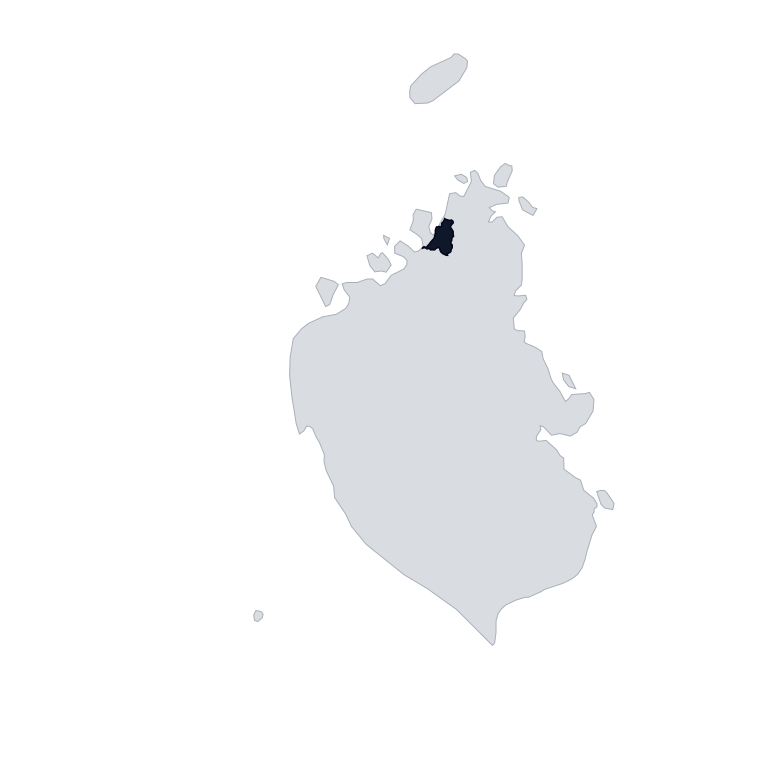 Boseong-gun, South Jeolla, South Korea shown in context, rotated 159°
{"feature_id": "91817680B27152027053647", "entity_name": "Boseong-gun", "entity_type": "district", "adm_level": 2, "iso_a3": "KOR", "parent_name": "South Korea", "parent_adm1": "South Jeolla", "projection": "orthographic", "projection_center": [127.199, 34.814], "detail": "fine", "context": "in_parent", "style": "filled", "palette": "ink", "viewbox_px": 768, "rotation_deg": 159, "n_neighbors": 0, "source": "geoboundaries", "source_scale": "gbopen_adm2", "svg_char_len": 4455}
<svg xmlns="http://www.w3.org/2000/svg" viewBox="0 0 768 768"><g transform="rotate(159 384 384)"><path d="M233.8,189.1L236.4,187.2L236.6,184.3L236.6,175.0L243.9,168.6L254.2,155.4L259.2,148.2L265.0,141.4L271.6,136.9L278.1,134.8L288.3,133.8L307.8,134.7L311.7,133.9L325.3,133.1L328.5,134.3L338.4,135.0L349.3,134.1L354.8,132.0L359.9,128.7L364.3,122.6L368.7,111.4L373.5,102.6L376.4,101.0L397.0,147.3L416.7,177.2L433.6,198.7L457.9,240.3L465.4,262.6L466.4,276.5L470.8,295.6L467.6,306.7L469.0,323.9L467.8,332.9L465.0,339.5L465.2,352.1L466.3,358.8L466.6,367.7L468.5,371.1L471.3,372.4L475.6,369.0L480.8,367.6L480.2,378.3L474.4,405.6L469.2,425.5L461.9,442.9L452.4,458.9L440.8,465.3L432.6,467.7L416.9,468.7L403.8,466.2L392.6,468.3L388.1,471.7L384.8,477.3L387.4,486.0L387.1,492.5L382.3,492.1L372.7,488.4L362.1,488.0L357.1,486.2L352.1,477.0L347.0,477.4L338.2,482.9L324.6,484.2L319.9,487.2L318.2,491.1L320.2,495.9L327.1,502.2L324.8,508.6L317.7,511.9L311.9,504.0L308.3,496.3L304.3,495.8L298.1,498.1L296.8,506.4L299.8,512.1L304.6,518.7L297.9,526.3L296.1,531.7L291.3,535.7L278.3,527.0L280.1,520.9L285.8,514.9L286.5,508.8L284.6,505.2L266.0,520.7L254.5,538.2L248.4,536.9L245.8,532.4L242.3,530.5L229.8,541.8L227.5,550.7L222.9,551.0L220.9,547.2L220.8,539.1L218.7,532.2L206.0,522.1L200.2,513.4L203.4,508.5L214.1,511.3L222.6,511.0L220.9,506.8L218.2,504.8L223.8,502.5L228.6,497.8L224.7,496.5L218.7,499.2L213.8,497.8L211.9,486.4L206.0,474.6L203.0,463.2L209.0,456.7L212.0,446.5L217.7,431.8L220.4,427.1L228.1,423.6L230.8,419.8L226.6,417.9L220.0,416.1L220.2,411.8L224.7,409.5L229.8,404.9L239.7,399.2L242.7,388.5L239.9,385.8L233.8,383.2L235.2,377.7L237.8,373.6L236.9,371.1L229.7,364.1L225.0,357.7L226.4,350.4L225.4,339.4L226.1,330.2L225.8,325.2L222.4,313.9L220.9,302.6L216.3,304.2L212.6,306.9L199.4,302.9L195.2,302.6L193.6,294.2L198.5,283.9L209.8,274.9L216.2,273.8L221.1,269.8L228.7,268.6L237.7,274.8L245.9,276.1L250.4,286.8L253.2,289.1L253.8,285.2L260.4,280.6L261.9,277.1L260.5,275.2L252.9,273.3L246.2,260.0L245.3,254.2L242.8,250.5L246.5,240.0L238.8,227.9L235.0,224.0L235.6,213.2L231.6,206.3L229.3,202.5L228.0,195.9L229.2,193.0L232.7,191.9L233.8,189.1ZM204.3,664.8L200.4,667.0L196.7,665.6L195.8,664.5L191.4,658.5L190.3,655.4L193.3,649.6L205.4,640.1L236.7,631.0L242.3,630.6L254.6,634.6L257.2,642.1L254.9,648.5L252.0,652.8L237.7,660.0L226.6,663.4L204.3,664.8ZM412.7,499.6L404.7,506.2L393.7,497.7L391.0,493.0L399.2,485.9L406.1,477.8L410.7,477.2L412.7,499.6ZM354.8,499.6L353.9,509.8L347.9,510.3L344.2,503.8L340.4,507.0L338.4,507.1L335.3,498.9L334.7,492.5L341.8,487.6L346.1,490.5L352.4,492.0L354.8,499.6ZM197.3,545.0L191.8,546.5L188.7,542.9L186.5,541.9L187.8,537.2L196.9,528.0L198.7,524.8L206.9,526.8L210.0,531.8L206.1,539.2L197.3,545.0ZM224.5,193.8L224.0,207.5L219.4,206.9L216.3,205.5L215.0,202.8L212.0,190.0L215.5,184.7L222.3,189.0L224.5,193.8ZM192.3,507.2L191.2,509.8L187.5,509.0L183.7,501.7L182.2,496.0L178.4,492.8L184.5,488.0L192.2,496.9L192.3,507.2ZM214.9,323.5L213.7,330.3L208.1,325.8L206.7,310.9L212.4,315.3L214.9,323.5ZM588.3,215.2L584.7,218.4L580.1,215.5L579.4,212.2L581.6,209.3L587.0,207.4L589.6,209.8L588.3,215.2ZM242.0,548.0L243.5,553.0L236.5,552.0L232.8,547.2L233.3,543.2L237.5,542.6L242.0,548.0ZM332.0,519.7L331.1,522.9L326.7,518.0L331.0,512.7L332.0,519.7Z" fill="#d9dde1" stroke="#a8b0b8" stroke-width="1"/><path d="M266.2,496.8L265.6,499.5L264.8,501.5L265.0,503.1L265.3,504.5L265.8,506.7L264.8,507.7L263.5,508.7L262.0,509.3L261.3,510.2L261.4,511.6L262.2,512.9L264.1,513.2L266.1,514.7L267.4,515.7L268.1,516.7L269.4,515.1L270.5,514.3L272.5,513.4L273.0,512.3L273.9,510.7L274.7,510.2L275.8,511.2L277.1,511.4L278.6,511.8L279.4,511.1L280.4,509.9L281.3,508.6L281.4,507.4L281.8,506.6L284.5,502.8L284.4,502.6L285.8,501.7L289.3,499.9L290.6,499.2L291.4,498.5L292.7,497.9L293.5,497.6L294.0,497.2L295.0,496.7L295.8,496.6L296.4,496.7L297.1,497.6L297.4,497.8L298.0,497.8L298.6,497.7L299.3,497.3L299.5,496.9L298.8,496.9L298.1,496.9L297.3,496.6L296.6,496.3L296.1,495.7L295.7,494.8L294.4,494.5L293.4,494.4L292.9,493.7L292.3,492.4L290.7,492.1L290.1,491.5L288.7,491.1L287.3,491.7L286.5,491.9L285.0,492.1L283.7,491.6L283.6,489.9L283.7,488.4L283.7,487.1L283.1,486.1L282.7,484.9L282.1,484.2L280.7,483.1L280.6,482.5L280.1,482.1L278.5,481.3L278.1,483.0L276.8,483.1L275.4,483.1L274.1,483.7L273.4,484.9L272.7,485.9L271.6,486.6L270.9,488.1L270.5,489.5L271.0,490.6L270.9,491.9L270.7,493.0L269.6,493.3L269.0,494.6L267.6,496.7L266.2,496.8Z" fill="#0f172a" stroke="#020617" stroke-width="1.5"/></g></svg>